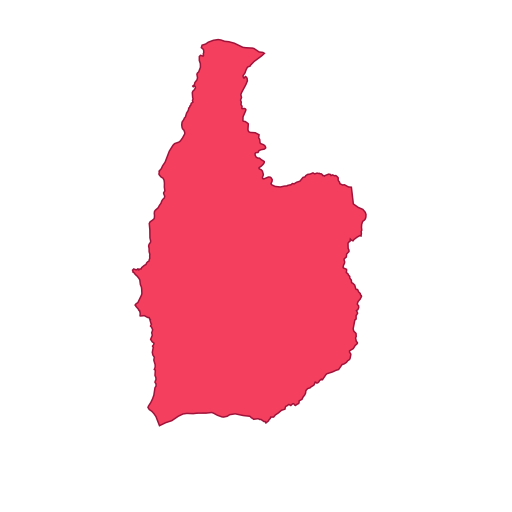 Sáchica, Boyacá, Colombia, rotated 21°
{"feature_id": "7082276B53225686763348", "entity_name": "Sáchica", "entity_type": "district", "adm_level": 2, "iso_a3": "COL", "parent_name": "Colombia", "parent_adm1": "Boyacá", "projection": "natural_earth1", "projection_center": [-73.547, 5.577], "detail": "fine", "context": "isolated", "style": "filled", "palette": "rose", "viewbox_px": 512, "rotation_deg": 21, "n_neighbors": 0, "source": "geoboundaries", "source_scale": "gbopen_adm2", "svg_char_len": 6124}
<svg xmlns="http://www.w3.org/2000/svg" viewBox="0 0 512 512"><g transform="rotate(21 256 256)"><path d="M328.2,172.5L320.4,157.6L317.5,158.4L313.1,157.8L311.3,158.7L308.3,158.4L307.6,157.2L306.1,156.3L305.3,155.3L304.8,153.7L304.0,153.1L301.7,152.3L300.5,153.0L298.5,152.8L297.2,154.0L296.4,153.2L294.5,153.5L291.6,156.2L291.3,156.9L290.2,156.7L289.4,157.0L288.7,156.3L287.5,155.9L286.2,156.3L285.6,156.1L284.9,156.5L283.3,156.7L281.4,158.3L279.4,158.0L277.1,160.2L275.0,161.3L273.7,163.1L273.4,164.6L271.7,165.8L270.2,170.4L267.4,172.7L265.7,175.0L264.0,175.3L263.0,177.2L262.6,177.2L260.2,178.8L259.8,179.5L257.4,180.6L253.9,182.9L248.8,184.2L245.2,183.9L244.1,183.2L244.2,180.3L243.7,178.8L242.1,177.6L240.9,177.3L239.3,177.8L235.7,181.2L234.4,181.3L233.8,180.1L233.8,178.1L233.6,177.2L231.6,174.5L230.2,173.7L227.7,173.4L227.2,172.8L227.3,172.3L228.9,169.9L230.0,167.3L230.2,165.8L229.8,164.8L226.1,164.1L224.3,163.4L222.6,163.9L220.8,163.7L219.1,162.2L218.4,160.7L218.7,159.7L220.8,158.6L221.0,156.7L222.3,155.2L225.5,153.2L226.3,151.7L226.0,151.0L224.8,149.9L223.2,149.4L220.2,149.4L219.2,148.9L217.7,145.9L216.1,144.7L215.4,141.7L211.1,141.2L206.3,142.7L205.2,142.7L204.0,142.1L203.1,140.7L201.6,135.8L201.2,135.2L197.8,134.3L195.8,134.7L195.3,134.4L194.0,130.7L194.3,124.2L194.1,123.0L193.5,122.5L192.4,122.4L190.3,123.4L189.9,123.3L189.3,121.2L187.7,120.0L187.1,117.6L185.7,116.0L185.7,113.2L184.0,110.8L184.0,108.3L185.1,99.7L185.2,95.6L184.0,93.3L182.9,92.5L181.8,92.2L181.5,92.7L181.5,93.7L181.0,94.2L180.3,93.9L179.5,92.9L179.3,92.2L180.1,89.1L180.0,85.3L180.4,82.7L182.5,80.7L182.6,79.6L184.5,75.1L189.7,66.9L191.2,63.8L189.4,63.5L185.8,64.4L179.7,63.0L178.1,63.2L171.9,65.2L169.0,65.9L159.5,65.1L153.8,65.7L149.7,66.8L146.0,66.9L143.1,67.5L138.9,69.9L134.8,73.5L133.1,76.1L130.1,78.5L130.3,81.1L132.0,81.6L133.2,82.4L134.3,84.7L134.3,86.1L135.2,87.8L134.9,88.4L132.3,88.5L131.6,90.1L133.0,93.8L135.1,96.3L136.5,99.7L136.5,104.6L135.7,106.4L135.7,107.5L137.5,110.5L137.8,112.6L136.8,115.9L137.1,118.5L136.2,119.6L136.1,120.1L136.8,120.5L137.5,119.5L138.0,119.3L138.7,119.7L139.2,120.9L138.7,123.4L138.0,124.7L138.0,126.4L140.1,130.8L141.0,131.9L140.9,133.5L142.0,134.9L140.8,136.7L141.1,138.6L140.6,139.3L140.7,140.9L140.2,142.0L140.6,144.2L140.0,147.4L140.3,151.8L139.7,152.8L139.7,154.4L139.0,157.5L139.7,160.3L141.1,162.8L142.4,163.9L143.7,164.4L145.3,166.4L145.7,167.5L145.1,172.1L144.2,175.6L143.3,177.2L139.7,180.3L138.8,182.4L137.5,189.2L137.5,201.0L136.5,205.3L136.3,208.5L135.1,211.5L135.5,211.7L136.0,214.3L136.6,214.9L138.9,216.2L141.4,216.7L143.1,218.3L144.4,220.8L145.7,224.5L147.6,227.9L147.1,230.0L147.4,230.8L149.4,232.9L149.6,234.8L148.7,236.5L148.3,238.5L148.4,240.8L147.7,243.4L147.4,246.0L145.6,249.4L145.3,250.8L145.7,252.5L146.9,255.0L147.6,257.5L146.5,259.7L144.9,262.0L144.7,263.9L147.6,269.8L150.5,277.1L152.3,279.8L152.6,280.9L152.0,283.4L152.2,285.2L153.5,287.3L154.7,290.3L156.3,292.5L156.7,294.0L157.7,296.3L157.6,297.3L157.9,299.0L157.0,300.2L156.4,301.6L156.3,303.5L155.2,304.6L153.4,307.8L153.4,309.2L152.3,309.7L151.8,310.7L151.3,311.0L150.6,310.3L150.0,310.6L149.9,311.3L149.0,311.9L146.5,311.9L145.8,313.5L146.7,314.3L146.7,315.0L148.8,315.6L149.7,316.4L152.3,317.4L154.8,318.9L156.1,320.0L158.3,324.1L160.1,326.0L161.1,327.8L162.9,331.9L163.1,333.6L162.4,341.9L161.2,343.5L160.7,345.1L161.2,345.2L162.0,346.1L164.8,347.5L166.3,348.8L166.8,348.6L168.4,350.9L169.2,353.4L169.7,353.4L173.1,351.7L176.9,352.2L178.4,351.8L179.3,353.0L180.1,353.1L180.1,353.9L182.1,356.6L182.8,357.0L182.6,359.2L184.0,359.9L185.8,361.7L186.1,362.9L186.1,365.0L187.6,367.1L187.5,371.6L190.0,373.4L191.7,373.7L192.1,374.2L192.2,375.8L191.7,377.0L191.9,377.6L192.8,377.9L193.7,383.1L195.2,385.4L197.4,387.0L197.8,389.4L198.1,390.1L200.8,393.6L201.7,395.9L201.7,398.4L202.9,398.6L204.5,403.7L206.1,405.4L206.9,407.1L206.8,409.2L207.0,410.2L208.4,411.1L209.3,413.2L208.9,415.2L210.5,422.5L210.6,426.2L210.3,430.3L209.4,434.8L209.4,436.1L211.4,437.6L214.4,438.3L217.0,439.6L220.1,441.7L226.7,449.0L231.5,443.9L236.4,439.9L240.9,433.4L244.5,429.6L247.9,427.7L253.8,425.7L257.4,423.8L265.8,420.5L270.7,418.0L272.4,417.9L277.0,418.5L281.9,418.4L283.4,418.0L286.5,416.0L288.3,413.6L293.1,410.8L301.3,409.5L307.4,407.9L308.0,407.9L309.7,408.7L311.0,408.8L312.3,409.3L315.7,407.4L316.7,407.1L318.1,407.3L319.2,406.8L322.8,407.7L323.9,407.3L325.1,408.3L326.7,405.5L326.9,404.0L327.6,402.5L327.4,401.2L330.2,400.0L331.0,397.5L333.0,394.7L335.1,390.9L337.9,388.6L337.6,386.7L337.7,385.7L339.0,384.3L339.6,383.0L340.8,382.7L341.6,383.2L342.1,383.1L343.2,380.8L344.1,380.4L345.6,381.3L346.4,381.4L347.4,379.8L348.7,378.4L348.7,377.4L348.2,375.8L350.3,373.3L350.4,371.2L351.3,368.1L351.4,366.2L350.8,363.8L351.7,361.3L353.8,359.6L354.3,358.4L356.1,356.1L356.4,355.4L356.4,352.6L357.0,352.4L357.9,352.9L359.0,352.4L359.7,351.2L360.0,349.5L361.0,347.9L361.2,347.6L362.0,348.0L362.4,347.6L363.8,341.7L364.4,340.5L369.1,336.7L371.7,334.0L373.8,332.4L375.3,326.4L376.8,325.3L378.6,322.9L379.0,321.2L380.4,319.1L380.5,317.6L379.9,314.2L379.6,313.5L377.8,312.3L377.3,311.0L380.0,307.6L380.7,303.9L381.8,301.9L381.9,300.9L381.6,300.4L380.2,299.7L378.3,296.8L378.4,295.2L377.1,292.4L374.3,291.2L372.8,289.2L371.2,280.2L371.9,279.5L372.0,278.8L370.8,275.8L371.4,273.2L370.9,272.4L369.3,271.0L370.3,269.6L370.4,267.4L369.7,265.8L367.9,264.8L367.7,264.1L367.6,262.0L368.7,258.9L369.0,255.9L368.4,255.1L367.4,254.7L366.7,253.6L364.6,252.7L363.1,251.1L362.6,250.9L361.7,251.3L360.9,250.9L358.6,247.8L356.3,246.8L354.8,246.6L353.6,244.3L351.5,243.1L350.8,241.4L349.3,240.8L348.4,239.8L346.2,239.0L345.8,237.0L345.3,236.0L341.8,235.8L341.3,235.3L341.0,232.9L341.2,231.5L341.1,230.3L340.8,229.5L339.6,228.1L339.4,226.9L340.7,224.6L339.9,221.7L341.2,218.5L340.6,217.1L339.3,215.9L337.3,211.1L337.7,209.6L338.5,208.6L338.0,206.4L339.2,207.0L341.1,207.1L341.6,205.4L343.6,202.2L345.6,199.8L346.9,199.7L346.3,197.1L345.4,195.5L345.5,194.0L344.2,191.4L343.3,188.6L343.2,185.4L344.3,183.7L344.8,182.1L344.6,180.2L343.8,177.8L342.3,176.0L339.0,174.2L334.0,174.0L328.2,172.5Z" fill="#f43f5e" stroke="#9f1239" stroke-width="1.5"/></g></svg>